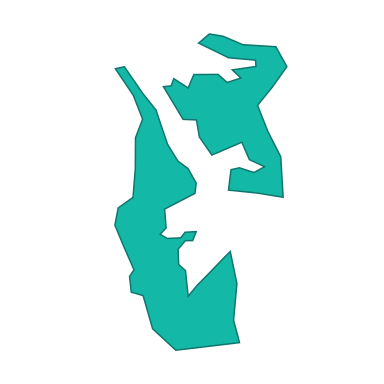 outline of Tai Po, rotated 277°
{"feature_id": "HKG-5169", "entity_name": "Tai Po", "entity_type": "state/province", "adm_level": 1, "iso_a3": "HKG", "parent_name": "Hong Kong S.A.R.", "parent_adm1": "", "projection": "natural_earth1", "projection_center": [114.263, 22.454], "detail": "fine", "context": "isolated", "style": "filled", "palette": "teal", "viewbox_px": 384, "rotation_deg": 277, "n_neighbors": 0, "source": "natural_earth", "source_scale": "10m", "svg_char_len": 1147}
<svg xmlns="http://www.w3.org/2000/svg" viewBox="0 0 384 384"><g transform="rotate(277 192 192)"><path d="M305.0,100.9L308.1,109.6L283.4,131.5L269.1,146.2L253.6,153.6L236.3,162.0L220.9,174.3L214.8,185.2L201.3,195.1L191.0,195.1L171.7,166.9L153.2,170.7L146.1,165.6L142.9,173.1L145.1,186.4L151.2,190.0L153.2,201.0L143.8,198.6L142.9,191.4L133.6,185.2L118.4,187.6L113.2,195.1L88.0,200.9L99.9,208.4L114.3,219.5L131.0,232.0L137.6,237.2L106.7,247.7L92.3,248.2L69.8,248.9L48.3,257.5L33.0,195.2L51.4,169.6L83.2,156.1L85.2,143.9L100.6,140.3L107.7,143.9L130.3,130.5L149.7,119.5L167.2,120.7L179.5,134.1L208.1,132.9L238.9,129.3L258.3,134.1L280.9,121.9L305.0,100.9ZM198.3,228.0L218.9,228.0L221.8,236.1L218.9,251.1L225.9,261.0L231.1,245.0L247.5,235.4L231.1,207.2L247.5,192.6L264.1,187.6L263.0,174.3L293.1,150.8L294.8,158.4L302.3,160.1L294.8,175.5L308.8,179.5L311.9,203.5L305.0,213.5L311.1,226.6L318.1,217.1L324.4,240.2L330.6,239.0L329.7,211.9L340.6,180.4L351.0,190.0L350.4,203.7L344.4,224.5L346.4,257.5L328.0,270.9L305.5,258.7L286.0,246.5L261.4,259.9L237.8,275.8L197.9,283.1L198.9,256.2L198.3,228.0Z" fill="#14b8a6" stroke="#0f766e" stroke-width="1.5"/></g></svg>